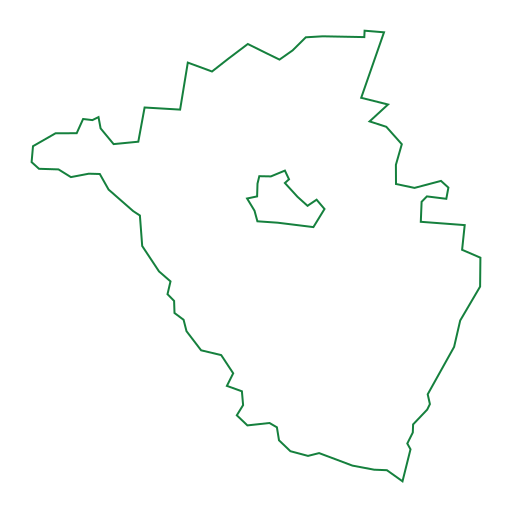 the district of Sharof Rashidov, Jizzakh, Uzbekistan
{"feature_id": "79887680B75726526377189", "entity_name": "Sharof Rashidov", "entity_type": "district", "adm_level": 2, "iso_a3": "UZB", "parent_name": "Uzbekistan", "parent_adm1": "Jizzakh", "projection": "robinson", "projection_center": [67.817, 40.024], "detail": "fine", "context": "isolated", "style": "outline", "palette": "green", "viewbox_px": 512, "rotation_deg": 0, "n_neighbors": 0, "source": "geoboundaries", "source_scale": "gbopen_adm2", "svg_char_len": 1338}
<svg xmlns="http://www.w3.org/2000/svg" viewBox="0 0 512 512"><path d="M33.0,146.2L31.6,162.1L39.0,168.8L58.5,169.4L70.9,177.1L88.8,173.7L99.8,174.0L108.6,189.6L133.3,211.2L139.9,215.5L142.2,246.0L159.0,271.4L170.5,281.4L167.5,294.2L174.1,300.9L174.5,313.0L183.6,319.8L186.5,331.2L201.1,350.3L221.2,355.1L233.2,373.3L226.9,385.9L241.9,391.3L243.1,405.1L236.8,415.3L247.4,425.4L269.5,423.0L276.9,427.3L279.0,440.3L290.4,451.2L308.0,455.9L319.1,453.1L352.4,465.6L374.2,469.7L386.9,470.2L402.5,481.3L410.5,449.3L407.3,443.5L412.8,432.5L413.1,424.4L427.2,409.6L429.9,404.1L427.7,394.3L454.1,346.9L460.2,320.5L480.1,286.6L480.4,257.7L462.1,249.8L464.7,225.1L420.8,221.8L421.6,201.8L426.9,196.4L446.3,198.8L448.4,187.6L441.0,180.9L414.5,187.9L396.0,184.0L395.9,164.8L401.8,144.2L386.3,126.8L369.6,121.4L388.0,104.5L361.2,97.8L384.0,32.3L364.6,30.7L364.3,37.1L322.8,36.3L305.8,37.3L292.6,50.4L279.5,59.6L267.0,53.5L247.8,44.0L228.6,58.5L212.0,71.5L187.8,62.6L180.1,109.6L144.6,107.5L138.3,141.7L113.6,144.1L100.6,128.4L98.5,117.1L92.4,120.1L83.1,119.0L76.7,133.2L55.5,133.3L33.0,146.2ZM284.9,170.6L289.0,179.3L284.9,183.0L297.5,196.8L307.5,205.8L316.6,199.7L324.5,209.0L313.4,227.1L277.7,222.7L257.4,221.3L254.5,210.7L247.1,198.5L257.1,196.4L257.5,183.6L259.3,176.2L270.9,176.4L284.9,170.6Z" fill="none" stroke="#15803d" stroke-width="2"/></svg>